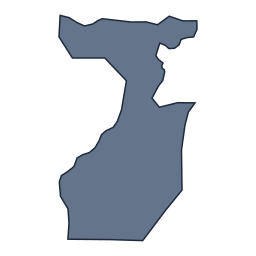 an SVG outline of Wakiso
{"feature_id": "UGA-3091", "entity_name": "Wakiso", "entity_type": "District", "adm_level": 1, "iso_a3": "UGA", "parent_name": "Uganda", "parent_adm1": "", "projection": "mercator", "projection_center": [32.452, 0.206], "detail": "fine", "context": "isolated", "style": "filled", "palette": "slate", "viewbox_px": 256, "rotation_deg": 0, "n_neighbors": 0, "source": "natural_earth", "source_scale": "10m", "svg_char_len": 865}
<svg xmlns="http://www.w3.org/2000/svg" viewBox="0 0 256 256"><path d="M72.4,58.0L59.0,36.9L60.1,15.4L69.0,17.6L77.1,22.6L84.5,26.0L93.0,23.9L97.6,20.8L102.2,18.7L131.0,22.0L146.1,21.9L157.5,24.8L169.2,16.2L182.9,20.9L196.8,20.8L197.0,29.2L193.6,36.9L187.0,37.6L181.1,39.4L179.1,44.8L174.5,48.3L169.0,48.6L165.2,45.3L159.8,43.1L155.8,55.6L158.4,59.4L163.0,63.1L161.8,65.3L162.1,68.0L164.2,69.7L164.7,72.0L162.8,80.4L158.6,85.8L152.0,98.1L159.3,107.2L177.6,102.7L195.0,102.9L188.4,112.0L185.0,125.0L181.5,149.9L182.0,190.1L165.3,210.6L151.6,228.8L142.7,240.6L110.4,239.6L67.9,239.2L69.0,223.2L68.0,208.8L60.5,196.3L59.3,182.0L61.4,175.6L67.4,171.8L74.0,166.5L77.1,158.0L82.6,154.7L89.3,152.6L95.1,147.7L99.0,140.9L101.5,134.7L106.0,130.7L113.3,127.3L117.3,121.5L121.5,109.9L126.4,80.8L104.8,58.0L72.4,58.0Z" fill="#64748b" stroke="#1e293b" stroke-width="1.5"/></svg>